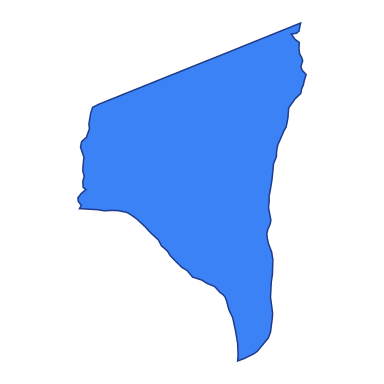 the district of Itacuruba, Pernambuco, Brazil
{"feature_id": "56859067B97519106704715", "entity_name": "Itacuruba", "entity_type": "district", "adm_level": 2, "iso_a3": "BRA", "parent_name": "Brazil", "parent_adm1": "Pernambuco", "projection": "natural_earth1", "projection_center": [-38.723, -8.77], "detail": "fine", "context": "isolated", "style": "filled", "palette": "blue", "viewbox_px": 384, "rotation_deg": 0, "n_neighbors": 0, "source": "geoboundaries", "source_scale": "gbopen_adm2", "svg_char_len": 1372}
<svg xmlns="http://www.w3.org/2000/svg" viewBox="0 0 384 384"><path d="M79.5,208.7L82.8,208.8L85.7,209.0L97.6,209.7L104.2,210.8L111.8,210.4L117.8,210.6L126.6,212.3L129.7,214.0L136.6,218.8L145.5,227.1L148.9,231.0L152.1,234.2L158.4,239.9L161.5,245.9L167.3,250.9L170.3,255.8L175.4,261.0L182.0,267.5L187.0,270.4L192.6,277.1L201.9,280.1L206.8,283.3L214.6,286.5L220.1,292.5L222.9,294.5L225.0,296.8L226.4,300.5L229.0,310.0L232.7,317.7L235.4,330.3L237.6,343.0L238.1,355.1L237.6,361.0L244.1,358.6L253.8,353.8L257.3,351.3L268.3,338.0L270.5,332.1L272.4,317.4L272.6,313.0L270.5,297.2L271.3,281.7L272.4,274.7L272.9,260.0L271.7,252.2L268.5,243.8L267.3,238.4L266.8,233.7L267.9,229.2L270.2,223.9L270.9,220.2L268.5,207.5L269.2,200.6L269.1,195.8L270.0,191.8L272.0,179.5L273.6,163.5L276.4,156.7L276.6,151.2L277.6,145.4L283.8,131.2L286.2,126.9L287.4,120.6L288.0,117.3L288.2,113.7L288.7,107.9L294.9,99.1L300.8,93.4L301.7,88.6L303.3,85.1L304.3,80.5L306.1,74.6L302.0,70.0L300.9,66.4L302.7,60.8L301.7,57.5L299.6,53.7L299.0,48.5L299.2,42.3L295.2,39.5L291.3,34.1L296.6,33.2L298.9,31.2L300.6,23.0L226.3,53.0L188.3,68.2L99.8,103.8L92.6,107.3L90.7,113.2L88.9,123.9L89.4,128.8L86.4,137.3L81.6,141.6L80.5,147.3L83.9,157.1L83.0,166.1L82.8,171.0L84.2,176.3L82.8,181.4L83.2,187.5L86.0,189.5L81.4,193.3L77.9,197.8L78.3,201.5L81.3,205.3L79.5,208.7Z" fill="#3b82f6" stroke="#1e3a8a" stroke-width="1.5"/></svg>